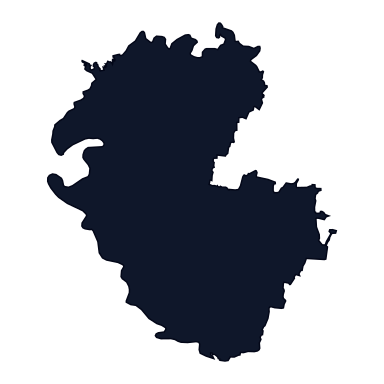 Gopalganj, Dhaka, Bangladesh (orthographic projection)
{"feature_id": "16705992B87804307332289", "entity_name": "Gopalganj", "entity_type": "district", "adm_level": 2, "iso_a3": "BGD", "parent_name": "Bangladesh", "parent_adm1": "Dhaka", "projection": "orthographic", "projection_center": [89.898, 23.107], "detail": "fine", "context": "isolated", "style": "filled", "palette": "ink", "viewbox_px": 384, "rotation_deg": 0, "n_neighbors": 0, "source": "geoboundaries", "source_scale": "gbopen_adm2", "svg_char_len": 5852}
<svg xmlns="http://www.w3.org/2000/svg" viewBox="0 0 384 384"><path d="M213.8,358.6L212.6,356.2L210.6,354.6L210.6,353.0L211.9,352.9L212.6,354.4L214.9,354.5L217.7,356.9L218.3,358.6L219.7,358.9L219.6,360.0L220.0,360.3L225.0,361.0L228.1,360.5L230.3,356.9L234.3,357.0L238.6,355.1L239.9,355.0L240.5,352.4L243.5,352.6L248.0,351.4L254.4,351.6L257.5,350.9L259.1,349.7L259.7,348.3L259.3,342.8L260.9,339.4L260.1,337.2L261.3,335.0L262.5,334.7L263.0,330.9L262.1,329.8L263.7,326.6L264.9,325.7L267.9,318.5L269.1,311.8L268.9,308.5L269.6,307.1L271.1,306.7L274.8,307.7L281.6,308.3L283.4,307.9L284.1,304.2L285.6,301.1L285.5,300.4L283.4,298.4L283.0,296.8L283.2,294.4L284.2,291.0L283.8,289.3L283.0,288.3L283.3,284.0L283.9,282.1L288.7,283.1L289.7,284.5L290.4,284.4L294.4,278.3L294.1,276.9L295.7,274.5L299.6,275.6L298.9,273.9L300.6,270.6L302.1,270.4L302.9,266.1L304.8,262.9L306.3,258.4L324.3,259.5L325.8,259.1L327.4,247.6L327.4,246.8L326.0,245.7L327.5,242.3L329.2,240.0L329.7,237.3L331.3,234.2L332.2,233.3L335.6,233.1L336.3,230.7L332.6,229.7L329.7,229.8L329.2,231.5L330.7,232.9L330.6,234.2L326.5,241.4L325.2,245.0L322.2,244.9L318.6,240.4L319.4,238.3L319.2,234.5L316.4,227.0L315.9,218.6L316.6,218.1L318.5,218.2L324.3,219.6L326.2,216.8L328.8,215.9L325.2,214.6L323.7,212.5L321.8,211.4L320.5,211.5L320.1,213.2L315.9,213.4L315.6,212.2L314.6,211.8L314.5,207.1L315.7,200.8L315.0,198.5L315.6,194.5L317.5,193.0L318.3,191.2L320.9,190.3L320.8,188.6L316.8,188.5L315.1,187.8L314.9,184.8L312.2,184.6L312.0,185.9L310.2,186.0L306.9,187.4L296.9,187.6L296.2,186.7L296.3,183.4L298.3,179.8L298.3,179.2L297.7,179.1L295.3,182.4L293.5,183.6L291.0,183.9L286.2,183.0L283.0,187.4L281.4,188.2L279.0,192.1L277.3,192.7L274.1,192.7L273.1,190.6L273.2,186.0L273.9,184.0L275.3,183.7L275.2,182.2L268.1,179.5L256.5,177.0L256.3,175.4L257.0,172.7L256.3,170.9L255.5,170.6L249.4,173.8L248.4,173.6L247.9,174.8L246.5,175.7L245.1,175.8L244.7,175.0L243.8,175.2L242.8,176.9L240.5,185.9L238.5,189.5L235.2,190.0L228.8,189.4L228.8,189.9L227.9,189.5L226.8,187.8L225.6,187.2L222.0,187.2L220.4,186.3L219.3,187.2L217.7,186.5L217.4,185.7L216.6,186.3L214.7,185.6L212.3,185.7L209.1,184.4L210.0,180.2L210.7,180.0L211.8,180.5L212.1,175.4L213.0,172.3L211.9,170.7L211.9,169.5L213.1,167.5L214.1,167.3L213.7,165.4L214.1,162.5L213.2,161.6L213.2,159.4L213.8,158.2L216.9,158.1L217.0,155.0L225.4,156.0L226.1,154.7L227.7,153.4L228.6,147.1L229.7,146.5L230.6,142.5L232.9,142.1L233.5,142.4L234.2,141.9L233.4,138.1L233.6,132.9L235.1,130.5L236.8,130.2L236.7,122.5L238.7,122.2L238.8,117.7L242.4,117.2L246.0,118.7L248.9,112.0L253.2,110.0L253.8,106.8L254.6,106.4L255.5,106.8L259.2,109.6L262.4,102.9L261.4,99.2L261.8,98.3L263.4,97.2L262.6,96.8L262.6,95.5L263.4,96.4L264.0,95.8L263.5,94.7L262.3,94.1L262.1,92.8L267.2,87.1L266.9,85.7L264.7,85.5L264.3,82.6L263.5,81.1L261.1,79.8L262.3,77.8L262.4,74.8L263.4,71.7L262.8,71.1L260.9,72.0L259.3,71.9L256.7,66.6L255.6,65.3L250.4,61.3L250.8,59.7L256.4,55.5L259.7,50.9L260.1,48.1L259.7,46.5L257.9,46.5L253.9,48.5L248.8,46.5L243.1,46.2L239.4,43.4L238.2,41.3L235.9,41.6L235.0,41.0L234.3,35.2L232.9,32.3L231.4,30.9L222.2,27.7L222.7,26.6L221.4,24.4L220.3,23.2L218.9,23.0L217.4,24.7L216.1,29.0L215.7,35.8L216.7,37.5L218.6,37.9L219.5,37.1L219.7,35.0L220.3,34.4L221.8,36.2L225.1,38.0L225.6,39.6L223.9,44.1L220.6,45.4L217.7,49.6L214.9,48.7L206.6,48.7L205.2,49.1L202.5,52.2L202.4,56.8L199.6,57.8L197.2,57.7L194.0,56.8L190.9,55.1L190.3,54.2L190.2,53.1L191.9,50.4L193.4,45.7L197.2,42.2L196.9,41.0L195.4,39.6L191.2,38.2L189.8,35.2L188.4,34.7L185.2,35.1L177.1,39.5L171.9,43.7L170.2,48.4L169.1,49.1L167.6,47.8L165.1,44.0L165.5,39.3L164.2,37.4L161.9,36.6L156.5,36.2L154.1,38.1L152.7,41.8L151.5,42.5L150.5,42.4L145.7,38.6L144.4,32.6L143.4,31.5L142.0,31.5L140.3,32.8L135.4,41.0L128.8,45.9L126.2,50.8L122.6,55.0L120.9,55.6L119.8,55.4L119.6,54.4L118.3,54.5L113.1,55.8L113.1,57.0L114.0,57.4L114.0,58.1L115.0,59.5L114.7,61.0L113.9,61.1L113.7,59.4L112.6,59.4L112.5,60.6L113.1,60.2L113.2,60.7L112.5,64.2L111.8,62.7L111.1,62.8L110.5,61.9L109.8,62.1L107.8,61.3L106.6,63.8L105.6,63.9L106.4,64.6L105.6,65.3L106.5,66.1L106.1,66.8L104.7,66.3L105.1,67.4L103.1,67.1L104.1,70.2L100.2,70.9L99.7,69.9L100.2,69.1L98.2,66.8L97.6,64.5L96.7,64.3L96.6,62.7L95.8,62.4L94.3,63.1L93.5,64.5L93.3,66.1L94.5,66.9L94.1,68.9L91.4,70.1L90.2,69.0L90.0,66.7L90.9,65.4L89.4,64.9L89.3,63.9L88.7,63.6L82.2,60.6L82.0,61.0L82.4,61.9L86.4,64.2L86.2,65.1L84.5,64.6L84.1,65.1L85.6,66.5L84.9,69.0L86.6,70.6L92.3,73.2L96.0,78.9L96.0,79.7L91.9,83.2L91.5,85.8L90.0,88.9L87.9,90.2L83.2,91.9L83.2,93.6L84.6,96.0L83.7,98.3L80.7,100.2L74.3,102.5L74.1,103.9L75.0,107.0L74.2,108.7L68.9,111.2L67.4,112.6L63.5,118.5L60.1,120.5L54.9,124.9L54.8,126.7L53.1,131.0L52.9,134.1L51.8,139.8L51.9,142.4L57.1,152.5L58.8,154.5L61.2,155.2L63.3,154.2L63.5,152.7L67.0,148.9L72.7,144.7L85.0,138.9L88.8,138.1L93.1,138.5L97.5,138.1L100.2,139.1L102.4,140.7L103.9,142.7L104.2,144.3L103.4,146.1L101.9,146.8L88.1,147.6L85.6,149.3L84.3,150.9L83.1,154.7L83.0,157.5L84.0,159.4L88.3,164.7L90.0,168.3L89.4,174.2L88.1,176.7L82.5,178.9L72.6,185.7L68.6,187.3L64.4,186.6L63.4,185.1L62.5,180.6L61.4,178.3L56.0,174.6L52.5,174.0L49.4,175.4L47.8,177.8L47.7,181.3L48.6,183.8L50.9,188.0L55.6,194.1L58.7,197.3L67.4,203.4L82.8,210.7L86.2,214.1L86.7,215.8L82.1,223.0L81.9,226.1L83.0,227.8L85.1,228.8L90.0,229.6L91.6,229.3L93.1,230.6L97.9,241.7L99.3,252.9L102.5,257.9L106.5,260.0L118.0,262.4L122.5,264.5L123.8,265.7L123.7,267.0L121.6,270.6L121.1,276.7L122.3,278.7L126.7,282.0L128.9,286.3L129.5,289.6L129.4,292.8L126.3,301.0L126.3,302.2L130.8,304.6L135.9,305.3L141.5,309.5L149.0,318.5L156.9,323.6L161.6,325.2L165.5,327.6L165.9,328.4L165.8,329.5L164.2,332.0L158.3,332.8L156.2,333.9L155.4,335.7L156.6,337.4L161.0,338.7L171.0,338.6L175.0,339.5L178.0,341.2L181.0,342.2L187.5,342.5L196.1,341.6L198.9,342.2L199.7,344.2L199.2,349.7L200.2,353.2L206.2,356.1L213.8,358.6Z" fill="#0f172a" stroke="#020617" stroke-width="1.5"/></svg>